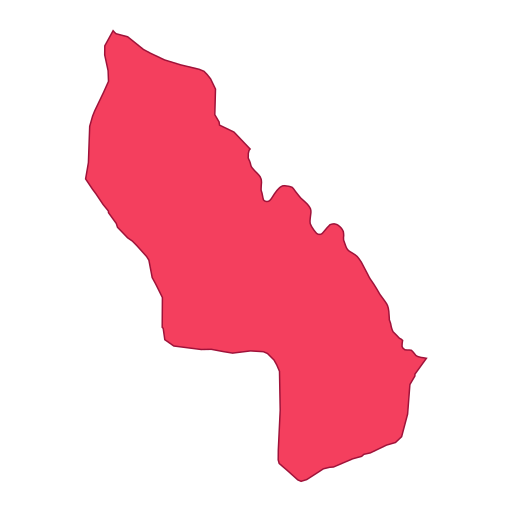 Amatitlán, Guatemala
{"feature_id": "79465075B1608091480167", "entity_name": "Amatitlán", "entity_type": "district", "adm_level": 2, "iso_a3": "GTM", "parent_name": "Guatemala", "parent_adm1": "", "projection": "natural_earth1", "projection_center": [-90.597, 14.456], "detail": "fine", "context": "isolated", "style": "filled", "palette": "rose", "viewbox_px": 512, "rotation_deg": 0, "n_neighbors": 0, "source": "geoboundaries", "source_scale": "gbopen_adm2", "svg_char_len": 2711}
<svg xmlns="http://www.w3.org/2000/svg" viewBox="0 0 512 512"><path d="M250.1,149.0L234.0,132.1L219.5,125.1L219.1,122.0L214.8,114.7L215.5,89.1L210.6,78.9L207.2,74.6L204.0,71.3L199.2,69.3L180.4,64.8L164.5,59.9L150.4,53.2L143.5,49.5L127.7,36.8L116.0,33.7L114.4,32.2L113.1,30.7L104.8,45.8L104.7,54.9L108.1,70.7L108.5,81.4L103.6,92.3L94.7,110.9L92.6,116.1L89.7,126.3L88.4,162.7L85.6,178.9L92.5,189.2L96.0,193.9L103.1,204.5L108.4,211.0L108.5,212.7L116.3,223.5L117.5,227.3L121.4,231.3L127.6,237.8L132.4,241.1L137.0,245.8L146.6,256.5L148.9,260.2L152.2,277.6L155.1,282.9L156.6,285.8L162.4,297.5L162.2,327.3L163.2,328.4L164.8,339.7L173.8,346.0L201.2,349.5L211.3,349.3L223.4,351.6L232.6,353.1L250.5,350.9L263.4,351.7L267.5,353.5L274.0,360.0L276.8,365.0L279.5,371.3L280.2,410.3L278.3,450.0L278.2,459.9L279.2,463.5L287.1,470.3L297.8,479.9L301.1,481.3L306.7,479.6L323.4,468.8L329.6,467.3L333.5,467.0L352.7,458.8L361.7,456.3L363.9,454.3L370.3,452.9L386.5,445.1L395.5,442.5L401.6,436.7L407.6,414.1L409.9,384.5L414.9,376.0L414.9,374.2L426.4,358.3L423.7,357.8L420.9,357.4L419.1,356.9L417.7,356.5L415.9,355.5L414.4,353.6L413.0,351.9L411.4,350.3L409.3,350.0L407.2,350.0L404.9,349.8L402.8,348.0L402.0,346.3L402.2,343.1L402.6,340.4L401.1,339.1L399.5,338.3L398.4,337.2L397.2,335.9L395.7,334.4L394.3,333.0L393.0,331.7L392.1,329.6L391.6,328.0L391.2,326.5L390.9,325.0L390.6,323.5L389.9,321.4L389.3,319.7L389.3,318.2L388.8,311.3L388.3,308.2L387.6,305.8L386.7,303.9L385.3,301.8L383.8,299.7L379.9,294.4L378.4,291.8L376.4,288.4L373.6,283.9L370.1,278.8L368.9,276.7L367.6,274.1L361.3,262.1L358.9,258.6L357.2,256.5L355.1,254.8L352.3,253.0L350.1,251.7L348.4,250.5L347.1,248.9L346.3,247.5L345.6,245.7L344.5,242.6L343.6,240.1L343.5,237.6L343.7,235.6L343.6,233.7L343.3,231.5L342.2,229.4L341.1,227.9L339.8,226.6L338.2,225.3L336.8,224.5L334.6,223.9L333.3,223.9L332.0,224.1L330.0,224.7L328.6,226.2L327.2,227.6L323.0,232.6L321.8,233.8L320.3,234.4L318.2,234.3L316.6,233.4L315.5,232.1L313.9,230.1L311.6,226.6L310.2,223.6L310.0,221.4L310.1,219.4L310.3,217.6L310.9,212.7L310.9,210.8L310.5,208.9L309.8,207.5L308.6,205.7L307.2,204.0L304.6,201.5L300.8,198.1L298.8,195.7L295.4,191.4L293.4,188.6L292.1,187.3L290.4,186.7L288.9,186.3L286.7,186.0L284.5,185.7L282.5,185.9L280.8,186.8L279.7,187.6L278.6,188.7L277.0,190.4L274.6,193.6L271.4,198.6L269.9,200.4L268.3,201.4L266.3,201.5L264.7,201.0L263.5,200.0L262.9,197.7L262.6,196.1L262.0,193.1L261.1,190.2L261.1,188.6L261.2,186.6L261.3,184.9L261.5,182.6L261.4,180.8L261.2,179.3L260.1,176.7L258.8,175.0L257.4,173.5L254.7,170.8L252.8,168.6L251.7,167.3L250.9,165.6L250.3,163.1L249.5,160.8L248.7,159.2L248.2,157.8L248.3,155.6L248.3,153.4L249.1,150.3L250.1,149.0Z" fill="#f43f5e" stroke="#9f1239" stroke-width="1.5"/></svg>